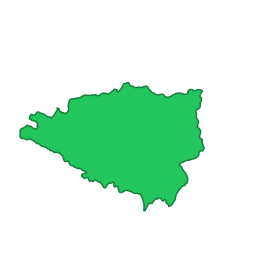 outline of Ladainha, Minas Gerais, Brazil, rotated 40°
{"feature_id": "56859067B31112130253713", "entity_name": "Ladainha", "entity_type": "district", "adm_level": 2, "iso_a3": "BRA", "parent_name": "Brazil", "parent_adm1": "Minas Gerais", "projection": "natural_earth1", "projection_center": [-41.833, -17.606], "detail": "fine", "context": "isolated", "style": "filled", "palette": "green", "viewbox_px": 256, "rotation_deg": 40, "n_neighbors": 0, "source": "geoboundaries", "source_scale": "gbopen_adm2", "svg_char_len": 4537}
<svg xmlns="http://www.w3.org/2000/svg" viewBox="0 0 256 256"><g transform="rotate(40 128 128)"><path d="M161.0,51.6L159.9,52.0L158.8,52.3L157.4,53.1L156.2,54.6L155.7,56.5L154.8,57.2L152.8,57.1L151.2,58.2L150.3,59.5L150.3,61.0L151.0,62.4L151.7,63.7L150.9,64.5L149.6,66.0L147.5,66.8L145.7,67.6L144.0,69.1L142.8,70.4L142.0,72.1L141.0,74.4L140.3,76.5L139.6,78.0L138.5,79.0L137.0,80.1L135.3,80.0L133.5,79.6L131.7,80.8L130.6,82.2L129.5,84.0L128.4,84.4L127.3,84.4L125.6,84.5L123.8,85.5L121.5,85.0L120.1,84.9L118.7,84.8L117.3,84.1L115.9,83.8L114.7,84.6L113.5,86.1L112.8,87.7L111.4,89.0L109.9,89.8L109.1,90.9L108.2,92.1L106.5,92.8L104.9,92.9L103.4,93.9L101.9,94.2L100.6,93.3L99.1,92.9L98.2,94.0L97.5,95.4L96.3,97.1L96.7,98.9L97.2,100.5L97.5,102.4L97.3,105.0L97.4,106.9L96.0,107.0L95.1,105.8L93.9,106.5L92.6,107.0L92.4,109.3L92.0,111.4L91.4,113.3L91.0,115.2L89.6,115.3L88.3,116.1L87.0,117.0L85.9,118.2L85.3,120.1L84.8,122.3L83.1,123.1L81.5,123.4L80.9,124.6L80.0,125.5L78.9,125.9L78.4,127.4L77.2,128.0L76.1,128.9L75.2,129.7L74.1,130.3L73.1,131.4L72.5,133.3L71.8,135.4L70.7,136.8L69.5,138.1L68.6,139.4L67.5,140.7L66.1,142.0L65.2,144.0L66.3,146.3L67.2,148.2L67.8,149.3L69.1,150.6L70.5,151.7L71.2,153.1L71.4,154.5L71.3,156.1L70.5,157.4L69.0,157.6L67.7,159.0L66.4,158.5L65.5,159.4L64.3,158.6L62.6,157.6L61.0,158.2L62.1,159.4L62.4,161.3L62.6,162.9L63.1,164.8L63.1,166.9L63.0,168.3L62.8,169.7L61.5,169.7L60.2,170.2L59.2,171.0L57.6,171.3L56.0,171.3L54.3,171.6L52.8,172.1L51.7,172.9L50.3,173.0L49.1,173.3L48.1,174.4L48.4,176.1L48.3,177.9L47.0,179.2L45.1,179.7L45.1,181.5L46.1,183.3L46.7,184.4L48.1,183.8L49.7,183.9L51.0,183.2L52.4,182.5L54.7,182.5L56.5,183.2L57.2,185.3L58.5,185.2L58.8,186.6L58.4,188.0L56.9,188.8L55.5,189.1L53.3,189.1L52.0,189.4L51.0,190.2L49.4,190.4L48.7,191.9L48.4,194.5L47.2,195.9L46.6,198.4L47.6,200.1L48.8,201.2L49.6,202.2L50.3,203.5L51.7,204.4L53.4,204.3L54.7,203.2L56.2,202.3L57.9,202.1L58.9,201.0L59.7,199.6L61.0,198.9L62.2,199.1L63.4,198.6L65.0,198.4L66.7,198.5L68.2,198.5L69.3,197.5L70.8,197.4L72.4,197.4L73.9,197.4L75.1,196.6L76.3,196.2L77.8,195.4L79.8,195.6L81.4,195.0L82.5,195.3L84.2,194.5L85.6,194.0L87.0,194.3L87.9,193.5L89.0,192.4L90.5,191.9L91.6,191.3L93.4,191.3L96.3,191.5L97.6,192.6L98.7,193.1L100.0,194.1L101.4,194.2L102.3,193.3L103.5,191.8L104.9,192.2L106.0,193.0L107.5,193.4L109.0,193.1L110.3,192.2L112.1,192.5L114.3,191.6L116.0,191.1L117.1,190.1L118.1,189.6L119.6,189.7L121.4,189.4L123.2,188.5L124.8,188.8L124.0,190.6L122.7,192.5L122.9,194.1L123.9,194.8L125.5,194.5L127.0,194.8L128.0,192.9L129.8,191.8L131.4,192.9L132.9,193.6L133.4,192.3L134.4,191.7L135.7,191.1L136.0,189.5L136.9,188.7L138.3,188.5L139.6,188.5L140.8,187.7L142.0,187.6L143.3,187.7L145.1,188.2L146.7,188.9L148.4,188.9L149.2,187.8L148.9,186.3L148.6,184.5L148.9,182.5L150.2,181.4L151.0,180.1L151.9,178.8L153.2,179.9L154.3,181.4L155.9,181.7L156.6,179.7L157.9,179.5L159.2,180.5L161.3,182.0L163.2,182.6L164.4,181.7L165.1,180.4L165.5,178.8L166.4,177.5L167.2,176.3L168.5,176.1L169.5,175.4L170.7,174.9L172.5,174.6L174.4,174.1L175.9,173.2L177.1,172.0L179.2,171.1L180.9,171.2L182.2,171.7L183.5,172.2L185.4,173.2L186.7,174.3L188.1,175.2L189.7,176.5L191.0,178.1L192.2,179.6L193.2,181.1L194.3,180.4L193.5,179.1L193.6,177.3L192.9,175.2L192.4,173.1L193.6,171.4L194.9,170.4L194.6,168.8L194.7,167.0L194.6,164.7L196.1,163.7L196.2,161.9L197.5,161.2L199.3,161.1L200.6,161.7L202.1,161.2L202.0,159.1L203.8,159.4L205.2,160.7L207.0,161.0L208.4,160.8L209.6,161.9L210.5,160.2L210.9,158.7L210.7,157.2L210.5,155.0L210.3,153.1L209.6,151.7L208.9,150.5L208.2,149.0L207.5,147.6L207.4,145.8L207.2,144.2L207.0,142.3L207.0,140.1L206.9,138.0L207.7,136.4L208.5,134.7L207.8,133.5L208.5,131.9L207.6,130.4L206.6,128.7L205.1,127.4L203.9,126.9L202.6,126.2L200.9,125.5L199.2,125.3L197.9,124.9L196.8,124.7L195.7,124.1L194.2,123.4L192.2,123.2L190.8,123.0L190.9,121.4L191.5,119.8L192.3,118.4L192.8,116.9L193.5,115.5L194.6,114.1L195.6,113.2L196.3,112.1L196.9,110.9L197.7,109.8L198.6,108.5L199.4,106.8L199.7,104.3L199.3,102.7L198.3,101.6L197.9,100.0L198.7,98.6L200.0,97.3L199.6,95.3L198.7,93.9L197.4,93.6L196.3,92.7L194.7,91.9L193.5,91.2L193.1,89.9L192.1,89.1L191.0,89.2L189.6,89.5L188.4,88.7L187.7,87.5L187.1,86.2L186.4,84.9L185.8,83.7L184.6,83.1L182.7,82.7L180.7,82.5L179.4,81.2L178.7,79.6L178.3,78.1L177.0,77.1L175.7,76.8L174.4,76.5L172.8,75.6L171.9,73.7L170.9,72.7L169.6,72.3L168.9,70.7L169.4,68.8L170.0,66.6L169.4,65.1L168.6,63.9L167.5,62.9L166.9,61.0L166.1,59.2L164.8,57.7L163.2,57.9L162.1,56.6L161.7,55.4L161.6,53.6L161.0,51.6Z" fill="#22c55e" stroke="#15803d" stroke-width="1.5"/></g></svg>